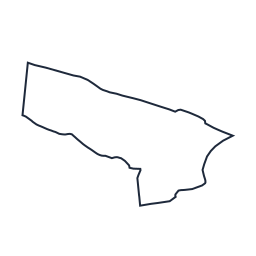 Kharab Al Marashi, Al Jawf, Yemen (Albers equal-area conic projection), rotated 352°
{"feature_id": "15242507B69209447674236", "entity_name": "Kharab Al Marashi", "entity_type": "district", "adm_level": 2, "iso_a3": "YEM", "parent_name": "Yemen", "parent_adm1": "Al Jawf", "projection": "albers", "projection_center": [44.255, 16.604], "detail": "fine", "context": "isolated", "style": "outline", "palette": "slate", "viewbox_px": 256, "rotation_deg": 352, "n_neighbors": 0, "source": "geoboundaries", "source_scale": "gbopen_adm2", "svg_char_len": 1811}
<svg xmlns="http://www.w3.org/2000/svg" viewBox="0 0 256 256"><g transform="rotate(352 128 128)"><path d="M230.7,150.2L220.9,144.7L216.8,142.2L212.8,139.7L206.7,135.2L205.2,134.2L205.2,131.6L203.6,129.6L199.3,126.4L193.2,122.7L190.3,121.0L182.7,117.2L180.3,117.2L177.0,118.4L173.2,116.3L172.0,115.6L170.6,114.9L166.8,113.1L161.8,110.7L153.8,106.8L144.4,102.2L137.2,99.2L130.9,96.7L126.9,95.1L121.5,92.5L114.8,90.1L112.5,88.8L108.4,86.8L106.1,85.2L103.3,82.5L99.8,79.2L94.8,74.8L87.7,70.5L81.3,68.4L71.1,63.9L55.0,56.8L44.4,52.7L37.9,49.4L25.3,100.7L26.3,101.2L27.5,101.9L28.7,102.7L30.0,104.0L31.6,105.5L33.0,106.9L33.4,107.2L34.4,108.5L36.2,110.2L37.8,111.7L39.9,113.1L41.7,114.1L43.7,115.3L45.6,116.5L47.7,117.8L49.7,118.9L51.6,119.8L53.7,121.0L55.5,121.8L57.5,123.1L59.1,124.2L61.4,124.9L63.3,125.4L65.3,125.7L67.6,125.6L69.6,125.7L71.5,126.4L73.0,128.2L74.4,129.8L75.7,131.4L77.0,132.9L78.4,134.4L79.9,136.1L81.2,137.6L82.6,139.0L84.1,140.4L85.6,141.8L87.4,143.3L89.2,144.9L91.0,146.6L92.6,148.1L94.2,149.5L96.2,150.8L97.9,151.6L98.1,151.7L100.2,152.2L101.8,152.4L106.7,155.0L107.8,155.6L110.8,155.2L112.8,155.3L113.9,155.6L115.1,156.2L117.0,157.0L120.1,159.9L120.4,160.2L123.9,165.2L124.0,167.6L127.7,169.0L134.5,170.2L134.5,171.5L131.7,176.2L131.5,176.6L130.3,178.9L130.3,179.0L129.6,195.9L129.6,197.8L129.2,206.6L140.3,206.3L146.8,206.4L147.0,206.4L158.9,206.3L159.1,206.3L165.2,203.0L165.6,202.8L165.4,201.9L165.7,200.4L167.9,198.3L168.7,197.6L169.3,197.0L171.0,196.9L172.0,196.9L174.1,197.1L175.7,197.2L178.8,197.3L183.1,197.4L193.4,195.2L194.1,194.8L195.3,194.2L196.7,193.4L197.1,192.7L197.3,191.1L197.2,189.6L196.9,187.9L196.7,186.7L196.6,186.1L196.5,185.2L196.0,179.9L198.4,174.5L202.3,167.2L206.8,162.3L211.9,158.3L220.4,153.8L230.7,150.2Z" fill="none" stroke="#1e293b" stroke-width="2"/></g></svg>